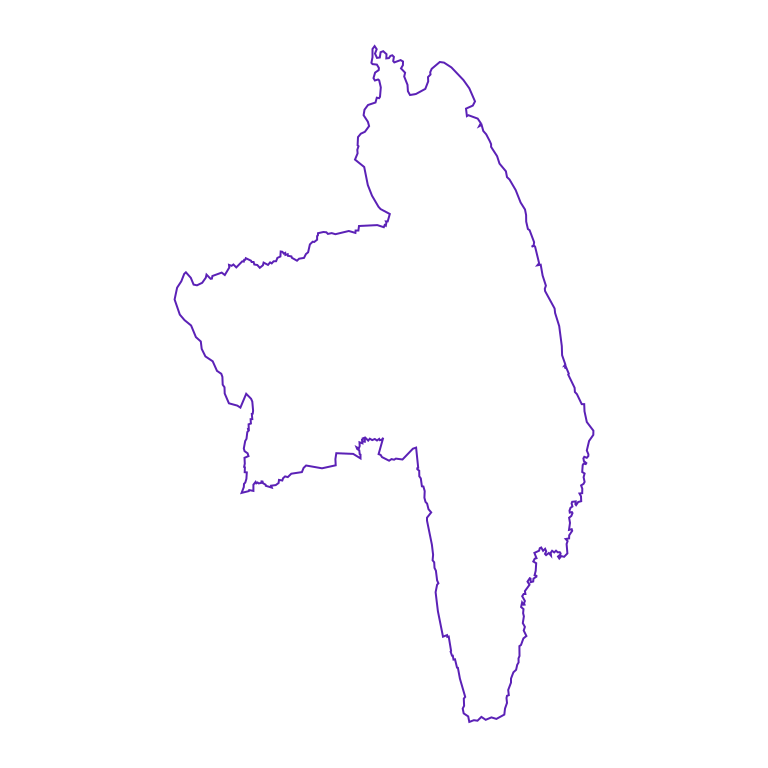 the district of Mueang Nakhon Si Thammarat, Nakhon Si Thammarat, Thailand
{"feature_id": "78962969B67558639110399", "entity_name": "Mueang Nakhon Si Thammarat", "entity_type": "district", "adm_level": 2, "iso_a3": "THA", "parent_name": "Thailand", "parent_adm1": "Nakhon Si Thammarat", "projection": "equal_earth", "projection_center": [99.961, 8.425], "detail": "fine", "context": "isolated", "style": "outline", "palette": "violet", "viewbox_px": 768, "rotation_deg": 0, "n_neighbors": 0, "source": "geoboundaries", "source_scale": "gbopen_adm2", "svg_char_len": 6075}
<svg xmlns="http://www.w3.org/2000/svg" viewBox="0 0 768 768"><path d="M485.7,719.8L491.4,717.4L496.4,718.9L504.3,714.6L505.0,708.6L507.0,702.9L506.5,698.0L507.0,695.8L508.8,695.2L508.2,690.0L511.0,682.6L511.0,678.6L513.4,672.3L516.1,669.8L517.2,664.8L518.6,662.4L518.5,658.4L519.5,656.0L519.4,646.1L521.0,645.0L523.4,638.4L526.4,636.0L523.7,630.5L524.9,626.9L522.8,623.1L523.9,616.3L523.1,613.2L523.5,609.1L521.1,607.0L522.1,602.5L523.4,604.7L524.5,604.6L524.0,603.2L524.9,601.0L522.2,596.2L523.6,594.0L525.4,594.0L524.9,591.1L529.5,584.8L527.5,581.6L529.8,578.2L530.5,578.6L530.7,582.2L533.2,581.5L533.5,578.6L536.4,576.7L536.4,575.8L534.6,575.2L535.7,570.8L536.2,563.2L533.3,561.5L534.7,558.7L536.5,558.2L534.4,552.9L539.1,550.7L539.8,548.2L541.2,547.5L543.1,550.8L545.1,548.8L546.2,551.3L545.0,553.9L546.1,555.1L548.8,553.0L551.0,555.6L550.7,552.8L552.1,550.8L554.2,552.4L556.0,550.7L557.7,552.3L559.8,552.2L560.6,553.4L560.3,554.6L558.0,556.5L559.3,558.5L561.3,556.1L564.1,556.8L567.4,553.4L566.6,544.0L567.6,541.1L565.7,539.0L569.1,538.4L569.2,535.3L572.2,530.8L571.7,529.2L569.0,529.9L570.0,522.9L569.1,517.7L571.3,516.0L572.5,513.1L571.9,512.1L569.8,512.6L569.5,510.6L570.5,507.8L572.4,506.5L571.6,503.4L572.2,501.8L575.7,501.4L575.4,504.2L576.1,505.1L578.2,502.0L581.2,501.2L581.0,496.3L579.5,493.5L582.2,493.2L582.3,488.7L581.1,485.4L583.5,483.9L584.6,481.9L583.6,477.2L584.6,473.5L582.2,472.0L582.7,465.1L583.6,463.6L585.7,464.1L586.3,463.1L583.9,461.1L583.4,458.4L584.3,456.8L586.8,457.8L588.3,456.1L588.4,454.3L586.8,450.5L589.1,440.9L593.3,434.9L593.4,430.7L586.8,422.0L584.5,411.3L584.2,404.1L581.7,404.1L576.9,394.1L574.9,392.0L574.6,387.8L568.2,374.6L568.8,373.7L566.1,367.3L564.7,368.4L565.7,366.4L565.4,365.3L564.5,365.6L565.3,364.4L562.1,355.2L561.8,346.1L559.2,326.1L555.1,313.0L554.6,308.5L545.1,291.1L544.8,288.8L545.9,285.7L542.6,275.5L540.7,264.7L537.4,265.3L539.1,263.2L535.1,246.7L534.3,245.8L531.6,246.7L533.7,245.3L534.1,242.2L529.6,230.2L527.9,229.0L526.2,221.6L526.1,215.1L525.0,209.5L520.6,202.5L515.7,190.1L509.5,179.5L507.0,177.1L505.9,171.3L499.5,163.6L497.1,156.2L491.1,146.9L491.1,144.2L489.8,141.2L486.2,134.3L483.3,131.0L481.6,124.9L479.2,126.2L480.8,123.2L477.7,118.6L468.4,115.2L466.9,116.1L466.0,108.6L472.8,105.6L475.0,101.4L469.3,88.3L463.4,80.0L451.4,67.4L444.0,62.6L439.8,62.0L431.7,68.8L430.2,72.2L430.5,74.5L428.0,77.1L428.2,81.4L425.3,88.9L415.9,94.0L410.0,95.0L407.9,91.2L407.5,84.8L404.2,76.5L405.1,72.7L401.0,68.4L402.9,65.2L403.0,61.5L400.6,60.1L394.3,62.4L393.2,61.1L393.9,56.9L392.3,55.3L390.4,55.9L388.9,58.1L386.3,58.4L386.5,54.2L383.2,51.2L380.6,52.2L379.8,57.5L377.0,57.9L375.0,53.6L376.7,49.2L374.6,46.1L372.5,49.0L372.5,57.3L371.4,62.8L372.5,64.1L376.9,64.6L378.9,68.0L378.7,70.1L375.1,72.6L373.5,78.1L374.9,80.5L378.1,79.5L379.2,80.4L380.8,87.4L380.0,96.8L379.1,98.2L376.8,97.7L375.5,102.5L368.0,105.0L364.5,109.7L363.6,115.2L367.9,121.8L369.1,126.1L364.9,131.8L360.8,133.7L358.0,137.1L357.6,145.3L358.5,146.2L357.3,149.8L357.6,153.3L355.0,159.6L364.2,167.0L367.8,185.0L372.0,195.7L378.5,206.8L380.6,209.1L389.8,214.0L387.7,221.4L385.9,221.4L386.4,222.5L385.8,225.7L384.7,225.0L383.8,227.2L377.3,225.1L359.0,226.0L358.4,230.5L355.6,230.5L355.4,232.9L348.8,231.0L335.4,234.2L331.7,233.1L327.9,233.9L326.4,232.3L323.4,232.0L318.0,233.2L317.9,235.4L317.1,236.1L317.1,239.7L314.2,242.0L312.7,241.7L309.9,244.4L308.1,252.3L305.9,254.1L304.0,257.9L299.1,258.7L297.0,260.7L291.9,257.8L291.4,256.4L287.9,255.8L287.7,254.2L285.4,254.9L285.2,252.9L283.8,253.6L282.4,251.8L280.7,251.5L280.4,256.5L277.4,257.9L276.1,261.2L273.6,261.3L271.7,263.4L270.1,262.4L268.0,264.9L263.6,262.6L262.9,265.3L259.8,267.8L257.3,265.0L254.3,264.5L253.6,262.0L251.6,262.0L251.0,260.7L245.8,258.2L245.3,259.7L244.2,259.8L243.8,261.6L242.3,261.3L236.3,267.4L233.4,264.5L231.6,265.8L229.0,264.9L229.3,267.5L224.8,275.0L221.7,272.6L212.4,276.0L211.9,278.6L210.6,278.8L206.5,274.6L205.8,277.7L202.2,282.8L197.0,285.3L193.6,284.6L190.8,277.8L185.9,272.3L184.2,273.9L181.3,281.3L177.1,287.7L174.6,299.5L179.8,314.6L184.5,320.1L191.1,325.5L195.9,337.1L200.8,341.5L201.7,348.9L205.4,356.4L212.7,361.3L217.0,370.9L221.3,373.8L222.4,376.9L222.7,384.7L224.5,387.3L224.7,393.5L228.9,403.3L237.3,405.6L240.4,407.6L246.2,393.8L251.1,398.8L252.3,401.6L253.1,410.8L252.7,413.7L251.8,413.9L252.3,419.1L250.6,419.2L250.9,423.5L248.6,424.3L248.8,429.7L248.1,429.4L248.4,430.9L247.3,432.1L246.5,438.8L245.2,441.0L243.8,448.5L244.6,451.2L247.6,453.3L248.5,456.1L244.5,457.8L244.8,463.7L244.1,466.9L244.9,467.3L244.7,472.2L246.8,472.4L246.4,478.8L245.3,482.5L244.0,483.9L243.8,487.1L241.6,492.9L248.8,491.1L249.2,490.1L253.4,490.9L253.4,484.7L255.6,481.9L256.3,483.3L257.6,482.5L258.7,483.4L261.3,482.9L261.5,481.4L262.5,481.5L263.0,483.2L265.6,484.7L265.8,485.8L271.8,487.6L271.1,485.7L275.7,485.1L278.6,483.0L279.0,479.9L282.3,480.5L283.1,478.2L285.1,476.4L287.8,477.1L291.3,473.7L301.9,472.1L303.6,467.9L306.1,465.5L322.0,468.3L335.7,465.3L335.4,459.1L336.3,453.2L353.2,453.9L360.5,458.4L360.5,454.6L359.7,454.1L359.3,450.4L357.2,449.0L356.5,447.2L358.8,448.5L359.7,446.0L359.5,442.3L362.4,443.3L361.9,438.7L362.6,441.4L364.8,441.7L364.8,439.6L363.3,438.2L365.1,437.5L368.2,440.6L369.8,438.7L372.2,440.1L374.8,439.0L377.0,440.5L379.2,438.9L379.9,440.2L381.8,439.8L383.2,437.8L378.6,454.1L380.6,454.9L382.0,457.1L389.1,460.7L391.5,459.1L394.1,459.7L395.9,458.6L402.5,459.5L412.9,448.7L416.1,447.6L418.2,467.8L417.3,468.2L417.3,469.2L419.2,470.7L419.3,476.3L420.8,478.4L421.9,486.3L423.4,486.5L424.7,491.1L424.4,497.7L425.5,501.9L427.1,503.6L428.5,509.2L431.2,512.4L427.0,517.7L427.0,520.6L431.9,544.7L433.1,554.8L432.6,560.3L434.2,562.3L434.5,567.9L435.9,570.7L437.1,580.4L438.4,583.3L437.1,584.7L435.6,592.2L437.9,611.2L443.0,636.7L447.0,635.1L447.3,636.9L448.7,636.5L451.1,651.0L450.6,651.6L452.0,655.7L452.8,655.7L453.5,659.6L455.0,659.3L457.0,667.6L457.9,667.8L459.9,678.6L465.2,696.9L463.8,698.6L464.1,705.8L462.7,708.6L463.7,713.4L468.2,716.4L469.3,721.9L473.9,720.2L477.5,720.7L481.4,716.9L485.7,719.8Z" fill="none" stroke="#5b21b6" stroke-width="2"/></svg>